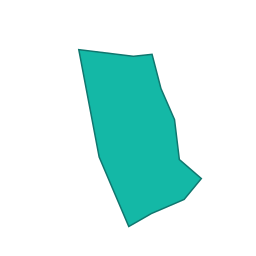 map outline of Ruggell (Natural Earth projection), rotated 315°
{"feature_id": "LIE-4898", "entity_name": "Ruggell", "entity_type": "state/province", "adm_level": 1, "iso_a3": "LIE", "parent_name": "Liechtenstein", "parent_adm1": "", "projection": "natural_earth1", "projection_center": [9.518, 47.244], "detail": "fine", "context": "isolated", "style": "filled", "palette": "teal", "viewbox_px": 256, "rotation_deg": 315, "n_neighbors": 0, "source": "natural_earth", "source_scale": "10m", "svg_char_len": 308}
<svg xmlns="http://www.w3.org/2000/svg" viewBox="0 0 256 256"><g transform="rotate(315 128 128)"><path d="M148.6,37.8L182.5,81.1L197.1,92.9L179.2,123.4L166.8,155.0L142.0,186.6L144.1,215.6L117.2,218.2L84.0,205.0L58.9,198.2L87.1,128.1L148.6,37.8Z" fill="#14b8a6" stroke="#0f766e" stroke-width="1.5"/></g></svg>